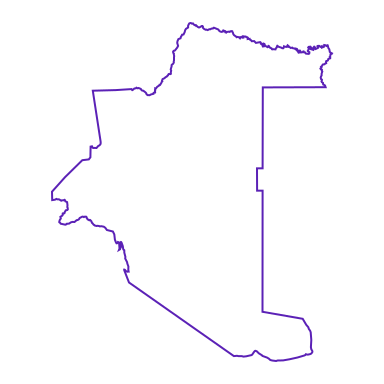 Taveta, Coast, Kenya
{"feature_id": "3690345B11030917787472", "entity_name": "Taveta", "entity_type": "district", "adm_level": 2, "iso_a3": "KEN", "parent_name": "Kenya", "parent_adm1": "Coast", "projection": "albers", "projection_center": [37.998, -3.439], "detail": "fine", "context": "isolated", "style": "outline", "palette": "violet", "viewbox_px": 384, "rotation_deg": 0, "n_neighbors": 0, "source": "geoboundaries", "source_scale": "gbopen_adm2", "svg_char_len": 5722}
<svg xmlns="http://www.w3.org/2000/svg" viewBox="0 0 384 384"><path d="M115.7,90.1L92.8,90.7L100.6,141.5L100.7,143.1L100.4,144.3L99.5,145.3L98.1,146.1L96.5,148.0L94.2,147.9L93.2,148.0L92.6,147.6L92.0,146.3L90.6,146.6L90.4,157.3L88.8,159.4L82.3,160.2L65.0,177.2L52.0,191.7L52.2,200.1L55.0,199.7L56.4,198.9L57.2,199.3L58.8,199.3L59.5,199.6L61.2,200.7L61.8,200.3L63.3,200.3L64.6,199.8L64.9,200.1L65.3,201.3L67.1,202.1L67.5,205.2L67.3,207.1L67.7,207.9L67.8,209.4L67.3,210.0L65.8,210.3L64.7,212.2L64.5,213.1L63.7,213.6L63.0,213.3L62.7,213.5L62.6,215.2L62.2,215.7L60.4,216.8L60.8,218.6L59.9,219.7L59.3,221.5L59.3,222.3L60.1,222.8L60.7,223.7L65.3,224.7L66.4,224.3L66.6,223.8L69.1,223.6L70.8,222.4L72.4,221.9L74.5,222.0L76.6,220.2L77.7,220.0L78.9,219.3L79.7,218.0L82.2,216.7L82.9,216.6L83.9,217.1L84.6,216.7L86.1,216.7L86.6,217.2L86.7,218.0L87.3,218.6L87.5,219.3L89.3,220.3L89.9,219.9L90.2,220.0L91.4,221.3L91.9,222.8L92.3,223.0L93.7,224.8L94.3,225.0L94.7,225.5L96.6,226.0L97.3,225.8L99.0,226.0L99.8,226.4L101.3,226.2L103.8,226.7L105.3,227.8L106.9,230.0L112.9,231.5L114.3,234.4L114.9,239.7L115.9,242.3L116.5,243.3L117.2,243.2L117.9,242.0L118.8,242.3L119.1,242.9L119.5,248.6L119.0,249.9L120.0,249.3L120.4,248.0L120.9,247.2L121.0,244.0L120.4,242.5L120.9,242.0L121.2,242.1L121.6,242.8L122.8,246.1L123.2,249.1L123.6,249.8L124.2,250.1L124.3,250.6L124.3,252.6L125.4,256.9L125.2,258.5L127.1,262.2L127.3,263.5L128.4,266.5L128.3,269.6L128.6,271.5L128.0,271.4L127.7,271.7L126.6,271.4L125.6,270.9L125.2,270.1L124.5,269.6L124.2,269.6L124.2,270.1L129.0,282.5L233.9,356.1L237.0,355.8L238.4,356.1L241.7,356.1L243.4,356.6L246.2,356.3L251.5,355.1L252.2,354.6L254.2,351.7L255.0,350.9L255.5,350.8L256.8,351.3L258.8,353.3L262.0,355.3L262.4,355.9L267.1,357.6L268.9,358.7L270.3,360.0L272.2,360.5L276.1,361.0L277.6,360.5L283.1,360.4L289.4,359.3L297.5,357.5L304.3,355.5L305.2,355.1L305.9,354.2L307.0,354.6L308.0,354.6L310.2,354.1L311.2,353.6L312.2,352.4L312.4,351.7L312.3,351.0L311.3,349.3L310.9,347.2L311.3,340.0L310.7,332.3L310.1,330.7L308.8,328.9L308.3,327.2L306.3,324.9L302.7,318.8L262.5,311.8L262.6,190.7L257.1,190.7L257.0,168.3L262.6,168.3L262.8,87.4L325.6,87.2L325.1,85.7L324.7,85.2L323.2,84.5L323.0,82.9L321.9,82.2L321.5,81.4L322.0,79.9L321.9,79.6L321.0,79.0L320.7,77.5L321.1,76.3L321.6,75.5L321.6,73.7L322.3,71.5L321.7,70.7L322.0,69.9L321.9,69.6L320.7,69.1L320.4,68.5L321.5,67.2L321.1,66.7L322.0,65.9L322.7,64.6L323.1,64.4L324.5,64.3L325.1,63.6L326.2,63.2L326.0,61.7L326.3,61.0L327.0,60.9L327.9,60.4L328.3,59.0L330.2,58.3L330.3,57.9L329.7,57.0L330.2,56.5L330.5,54.4L330.7,53.9L331.7,53.9L332.0,53.4L330.5,52.6L329.8,51.9L329.3,49.3L328.4,48.1L327.7,45.3L327.3,45.2L326.4,46.0L325.3,45.2L324.2,45.0L323.9,46.8L322.1,47.5L322.2,46.6L321.9,46.1L320.6,46.9L319.3,45.9L317.9,45.9L317.5,46.0L317.4,46.4L318.2,47.4L318.1,47.8L315.5,49.1L315.1,48.9L314.9,48.5L315.0,47.5L314.4,46.7L314.1,46.7L313.0,48.1L313.5,48.9L313.3,49.9L310.7,49.1L310.6,48.5L311.2,47.8L310.5,46.7L310.2,46.6L309.9,47.0L308.6,46.9L308.2,47.6L309.2,48.5L307.8,50.7L307.8,51.1L309.4,52.2L309.4,52.9L309.2,53.6L308.5,53.9L305.9,53.6L304.9,52.3L304.2,52.4L303.9,52.3L303.6,51.4L303.3,51.4L302.6,52.2L301.7,52.4L300.2,52.4L300.0,52.1L300.6,51.6L300.0,50.6L299.6,50.6L299.0,52.6L298.6,52.7L298.4,52.5L298.0,51.5L297.3,50.8L297.7,50.2L297.1,49.7L296.9,48.9L295.8,48.6L295.8,49.4L294.5,48.5L292.8,48.2L292.2,47.6L290.8,48.0L289.6,47.1L288.7,46.9L288.8,46.4L288.6,46.1L287.6,45.3L286.7,46.9L284.7,46.7L284.0,46.3L283.4,48.2L283.1,48.3L282.2,48.2L281.0,47.5L278.9,46.9L277.3,45.8L276.9,46.4L276.8,47.4L275.9,48.3L275.5,49.4L273.0,49.2L272.2,49.4L271.9,49.2L271.5,48.3L270.1,47.8L268.8,46.0L268.5,45.9L267.9,47.1L267.5,47.2L266.9,46.6L266.5,46.6L265.2,45.7L265.0,45.3L264.3,45.6L264.1,46.3L262.9,46.5L262.5,45.6L262.6,45.1L264.2,44.5L264.3,43.9L263.3,43.5L262.2,44.1L261.4,44.2L260.8,43.7L260.8,42.6L260.2,42.1L255.9,42.9L254.2,41.1L251.7,41.2L251.2,40.3L250.1,39.8L249.7,38.9L249.3,39.1L248.6,38.9L247.9,39.0L248.1,38.4L247.9,37.7L247.1,37.2L246.5,37.4L245.7,36.5L244.5,36.5L242.8,36.2L242.5,36.4L243.0,37.1L243.4,37.2L243.4,37.6L242.5,37.7L241.3,37.2L240.9,37.3L240.5,37.4L240.0,38.3L239.7,38.0L239.8,37.2L238.9,37.3L237.7,36.9L236.6,37.2L236.4,36.8L234.1,35.2L233.4,34.3L232.9,32.7L232.4,32.0L232.3,31.3L232.0,31.1L231.0,31.1L229.7,31.9L229.2,31.6L226.6,32.0L226.2,32.6L225.3,32.3L225.4,31.3L225.0,31.0L224.2,30.9L223.5,30.4L223.1,30.5L223.0,31.5L221.6,31.9L220.4,31.6L219.4,31.0L218.3,29.5L213.9,27.7L213.5,27.8L213.0,28.5L211.4,28.6L210.3,29.3L209.3,29.2L207.7,30.1L206.5,29.6L205.9,29.8L204.3,29.1L203.1,28.0L202.9,27.7L202.9,26.5L202.4,26.0L201.8,26.0L199.5,27.4L198.6,27.4L197.5,26.7L196.4,25.6L196.1,25.8L195.7,25.1L194.8,25.2L194.0,24.7L192.9,23.4L192.0,23.7L191.3,23.2L190.3,23.0L189.2,23.5L188.4,25.0L188.0,26.1L188.2,27.1L188.0,27.6L186.0,28.8L185.2,30.1L184.6,32.3L183.5,34.5L182.1,34.7L181.8,35.5L181.0,36.6L180.5,38.3L178.4,39.1L177.5,41.1L177.2,42.9L178.1,45.9L177.2,47.6L175.0,50.4L174.5,50.7L173.7,50.8L173.1,51.6L173.2,52.8L173.9,53.6L173.8,54.3L174.2,56.1L174.0,56.9L174.0,60.5L173.7,61.5L173.8,62.6L173.0,63.9L172.1,64.5L171.6,65.1L171.6,66.4L170.7,69.4L171.2,70.7L170.8,72.2L170.9,73.8L170.5,74.1L168.8,74.0L168.3,74.5L168.0,75.4L167.3,75.8L167.0,76.4L165.4,77.3L164.5,78.2L162.6,79.1L162.0,80.7L162.3,81.3L161.7,81.9L161.5,82.6L160.1,84.9L159.6,84.9L159.6,85.2L157.2,86.8L155.9,88.5L155.3,88.4L155.4,88.8L155.1,89.2L155.0,90.1L155.2,90.3L154.9,91.4L155.2,92.2L155.1,92.5L154.6,92.5L153.6,92.9L153.5,93.8L151.1,94.4L149.6,95.2L147.5,95.1L146.4,94.0L146.2,93.2L145.4,92.3L143.3,90.7L142.2,90.6L141.1,89.6L140.8,88.9L138.6,88.0L137.7,88.3L136.4,87.7L135.8,88.3L134.4,88.5L132.5,90.1L132.2,90.1L131.5,89.1L115.7,90.1Z" fill="none" stroke="#5b21b6" stroke-width="2"/></svg>